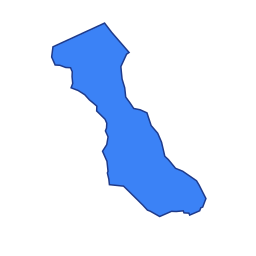 outline of Suhag, Suhaj, Egypt, rotated 335°
{"feature_id": "37247803B36599937729420", "entity_name": "Suhag", "entity_type": "district", "adm_level": 2, "iso_a3": "EGY", "parent_name": "Egypt", "parent_adm1": "Suhaj", "projection": "orthographic", "projection_center": [31.693, 26.547], "detail": "fine", "context": "isolated", "style": "filled", "palette": "blue", "viewbox_px": 256, "rotation_deg": 335, "n_neighbors": 0, "source": "geoboundaries", "source_scale": "gbopen_adm2", "svg_char_len": 1105}
<svg xmlns="http://www.w3.org/2000/svg" viewBox="0 0 256 256"><g transform="rotate(335 128 128)"><path d="M151.1,23.0L94.3,22.7L88.8,31.4L88.7,35.8L88.6,40.1L92.8,42.4L97.1,46.8L101.4,49.1L101.3,51.3L101.3,53.4L99.0,57.8L96.7,64.3L93.4,67.5L98.7,73.0L102.9,79.6L104.9,86.2L107.1,90.8L109.0,95.0L106.8,99.3L110.9,110.3L110.8,114.7L108.5,119.0L106.3,121.1L106.2,127.6L104.6,129.9L101.7,134.1L95.1,138.3L94.9,147.0L94.9,149.2L91.6,158.8L90.3,160.0L89.0,166.3L87.2,171.5L99.4,178.8L101.4,184.1L107.1,199.4L107.7,201.1L108.8,204.0L110.9,210.6L113.0,212.8L119.3,221.6L132.2,221.9L134.7,223.2L136.5,224.1L143.0,226.4L142.9,228.6L147.2,230.9L147.1,233.0L153.6,233.2L158.0,233.3L160.2,231.1L162.3,231.2L166.7,226.9L168.8,224.9L168.3,209.7L167.8,204.8L159.3,190.3L154.0,184.6L151.2,173.6L149.9,170.4L149.4,169.2L152.4,155.0L152.7,145.3L150.0,135.6L151.1,126.1L151.6,122.3L146.7,116.6L141.4,112.7L140.4,106.1L139.0,99.0L142.0,90.2L143.3,81.3L143.4,80.9L143.5,80.6L146.2,72.9L147.5,69.3L157.9,60.5L160.9,60.0L159.8,56.1L157.0,46.3L153.6,34.4L151.1,23.0Z" fill="#3b82f6" stroke="#1e3a8a" stroke-width="1.5"/></g></svg>